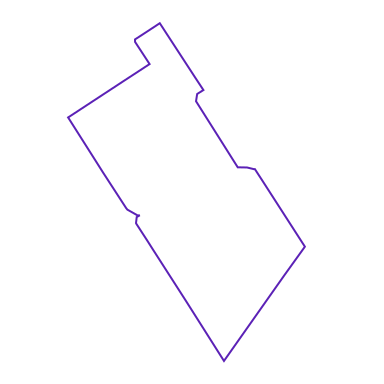 Bernalillo, New Mexico, United States of America (Albers equal-area conic projection), rotated 237°
{"feature_id": "52423323B92421028430791", "entity_name": "Bernalillo", "entity_type": "district", "adm_level": 2, "iso_a3": "USA", "parent_name": "United States of America", "parent_adm1": "New Mexico", "projection": "albers", "projection_center": [-106.564, 35.045], "detail": "fine", "context": "isolated", "style": "outline", "palette": "violet", "viewbox_px": 384, "rotation_deg": 237, "n_neighbors": 0, "source": "geoboundaries", "source_scale": "gbopen_adm2", "svg_char_len": 642}
<svg xmlns="http://www.w3.org/2000/svg" viewBox="0 0 384 384"><g transform="rotate(237 192 192)"><path d="M322.3,193.9L322.0,128.7L274.0,128.2L256.7,128.0L243.1,128.0L221.9,128.0L216.0,128.0L214.4,128.0L212.4,128.2L202.0,133.6L200.9,135.5L201.1,132.0L196.4,128.1L195.5,128.0L194.6,128.0L184.7,128.0L174.9,128.0L164.6,127.9L104.2,127.6L32.9,126.8L72.0,224.4L84.5,256.5L84.7,256.9L163.3,257.2L176.9,257.2L177.4,256.4L182.6,251.5L187.8,243.8L265.9,244.8L270.5,248.9L271.4,249.8L271.3,257.1L286.9,257.0L351.1,256.9L351.0,238.7L351.0,227.3L348.9,226.0L325.1,226.1L322.4,226.1L322.3,193.9Z" fill="none" stroke="#5b21b6" stroke-width="2"/></g></svg>